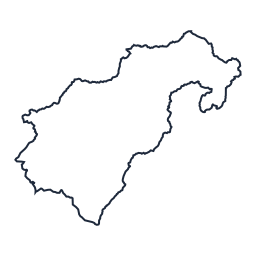 Mariscal Nieto, Moquegua, Peru (Mercator projection)
{"feature_id": "86281439B75994563843922", "entity_name": "Mariscal Nieto", "entity_type": "district", "adm_level": 2, "iso_a3": "PER", "parent_name": "Peru", "parent_adm1": "Moquegua", "projection": "mercator", "projection_center": [-70.73, -17.055], "detail": "fine", "context": "isolated", "style": "outline", "palette": "slate", "viewbox_px": 256, "rotation_deg": 0, "n_neighbors": 0, "source": "geoboundaries", "source_scale": "gbopen_adm2", "svg_char_len": 5717}
<svg xmlns="http://www.w3.org/2000/svg" viewBox="0 0 256 256"><path d="M217.1,108.8L219.3,108.2L221.5,106.4L222.2,105.4L222.9,103.0L223.5,102.1L225.3,101.0L225.2,99.2L225.7,97.8L225.5,96.4L225.8,95.8L225.9,88.0L226.6,87.7L227.2,86.5L229.1,86.0L230.9,84.2L231.6,82.1L231.0,81.4L232.0,80.3L233.3,80.0L233.7,79.1L234.9,78.6L234.4,76.9L235.9,76.5L238.4,76.7L239.9,75.1L240.6,74.8L240.4,71.6L239.3,70.4L238.4,70.0L238.1,68.1L240.2,65.9L239.7,62.9L239.2,61.8L238.3,61.3L237.9,60.2L236.8,59.8L236.2,58.8L235.0,59.3L232.2,58.2L231.2,60.0L229.1,60.0L227.1,61.4L226.8,62.3L226.3,62.7L225.0,62.3L223.6,61.4L222.0,60.0L221.0,59.7L218.5,58.3L217.7,57.0L216.8,56.2L215.3,56.3L214.1,55.8L213.6,55.1L213.6,53.8L212.5,52.7L213.0,51.1L212.4,49.1L212.6,47.4L211.8,46.7L211.7,44.5L211.1,43.5L208.7,43.8L205.6,39.6L204.8,39.1L204.3,38.4L202.0,38.1L197.2,36.1L195.2,34.7L193.0,33.9L191.1,32.2L191.2,31.2L188.5,31.3L185.9,32.7L185.2,33.5L183.9,33.8L183.2,36.5L182.1,36.8L181.7,38.1L180.7,38.6L179.5,40.2L178.1,41.3L176.9,41.7L176.1,41.6L174.6,42.4L172.7,41.6L171.7,42.8L170.5,42.7L167.7,45.9L166.6,46.6L163.2,46.4L162.7,45.9L162.1,46.3L160.0,46.3L158.9,47.1L156.1,46.1L153.9,46.8L153.0,47.6L152.2,47.8L151.6,47.5L150.1,48.1L149.1,47.2L147.6,47.2L147.0,45.9L145.9,45.2L144.9,45.3L143.7,45.8L142.9,46.5L141.2,46.8L140.4,46.6L140.3,46.0L139.8,46.0L139.6,45.7L138.9,45.8L137.9,45.3L136.6,45.7L134.2,45.3L133.9,45.0L133.3,45.8L132.3,46.4L130.9,48.7L126.5,49.3L126.5,49.8L127.2,50.1L127.8,51.1L129.0,51.6L130.3,53.5L129.8,53.7L127.7,56.8L126.3,57.9L124.4,58.3L123.4,57.4L122.6,57.7L121.4,59.1L120.9,59.2L120.9,61.0L119.8,63.8L119.8,66.6L119.2,67.9L118.5,70.9L118.5,73.2L117.5,74.7L117.0,76.0L114.8,77.0L112.7,77.4L111.1,80.0L109.9,79.9L107.3,80.6L106.1,81.5L105.2,81.3L103.6,81.4L103.0,82.1L100.6,81.4L99.4,82.6L98.2,82.5L97.6,82.1L96.5,82.6L94.8,81.9L93.2,82.0L92.6,81.7L91.0,82.7L89.3,82.6L88.3,81.4L87.6,81.5L85.1,80.4L82.8,81.2L81.8,81.0L80.3,79.2L78.8,78.7L76.9,79.3L74.6,79.5L74.2,81.0L73.5,82.0L72.0,82.1L71.7,82.8L71.9,83.7L71.2,85.0L70.2,85.3L68.3,87.4L68.1,88.1L66.5,89.2L66.4,90.0L65.8,91.2L64.5,91.6L63.9,92.9L63.0,93.4L62.6,94.8L62.0,95.1L61.1,96.5L59.9,97.6L59.9,99.0L59.4,100.2L59.6,100.6L58.4,103.2L57.7,103.6L56.8,103.7L54.9,102.9L53.8,102.9L52.4,104.3L52.2,105.1L50.4,106.0L50.0,106.6L48.1,107.1L46.6,106.8L44.4,108.6L43.3,108.8L42.3,108.5L41.1,109.4L39.5,109.5L39.0,110.2L38.3,110.3L36.8,112.0L35.3,110.8L34.4,110.4L33.4,110.5L32.2,109.6L31.0,109.7L29.6,110.5L29.5,111.6L30.3,112.7L30.3,113.3L28.7,115.2L27.2,115.3L25.2,114.6L22.8,115.8L22.5,116.5L22.6,117.8L22.7,118.4L23.4,119.2L24.0,122.2L26.1,121.9L26.4,121.3L27.2,121.1L27.4,122.0L28.4,122.8L29.3,122.9L31.2,122.3L32.5,124.2L34.4,125.6L34.4,126.0L33.3,128.0L33.5,128.6L34.9,129.4L35.2,130.6L34.9,131.7L35.8,132.1L36.0,133.3L37.0,134.1L36.9,134.7L36.2,136.0L35.5,136.6L34.8,137.7L35.1,138.2L34.9,138.9L33.8,139.8L33.4,140.8L32.2,141.6L29.3,142.8L28.7,143.5L26.4,147.2L24.7,149.1L20.4,153.0L18.4,157.1L16.1,158.6L15.4,159.8L16.9,161.4L21.4,161.6L24.0,162.0L23.2,163.4L21.8,164.6L22.4,168.5L23.8,169.6L25.4,170.0L26.5,169.7L27.0,170.1L27.0,170.7L26.3,171.5L25.8,172.9L25.4,176.1L27.2,178.2L29.8,180.2L30.4,182.2L30.8,182.5L32.8,181.8L34.2,182.8L34.1,183.1L32.8,183.3L32.5,183.7L34.9,187.3L35.6,190.2L35.5,192.2L36.0,191.5L37.3,191.1L41.0,188.5L41.8,188.7L44.0,190.7L48.0,189.8L50.4,189.7L53.3,191.8L55.2,192.0L57.0,192.8L59.5,192.8L60.9,190.3L61.6,190.1L62.1,190.6L63.3,193.2L64.6,194.3L66.4,196.6L68.4,196.6L70.1,197.6L71.7,197.6L72.6,198.3L72.8,204.6L76.1,207.1L78.2,209.4L79.2,214.4L80.5,216.4L81.5,216.9L84.9,220.3L92.4,222.1L94.4,223.0L95.0,224.0L96.8,224.8L98.5,224.5L99.0,223.6L99.1,220.4L100.2,218.5L100.2,217.3L100.7,215.7L102.2,213.7L102.2,212.5L102.6,211.6L102.4,210.4L102.8,209.5L104.9,208.1L105.3,206.8L106.5,206.1L106.5,205.6L108.4,204.4L109.6,203.1L109.8,202.4L111.7,199.7L113.7,198.1L114.9,196.3L116.2,195.2L116.8,194.0L117.5,193.8L118.4,192.3L119.9,191.9L120.9,190.7L122.3,190.2L122.9,187.7L125.1,185.4L125.3,184.3L124.2,183.5L123.9,182.5L123.3,182.1L122.7,180.9L122.8,179.2L123.6,176.1L125.6,171.5L128.0,169.1L128.3,168.1L130.0,166.3L129.9,166.0L128.8,165.5L128.4,163.4L128.7,162.9L130.2,162.4L130.7,160.3L131.9,158.1L132.7,157.8L133.4,155.9L133.3,155.4L135.3,154.6L136.1,153.7L136.8,153.7L138.5,152.9L141.2,153.2L141.8,153.7L143.7,152.8L144.9,153.8L145.6,153.2L146.6,153.1L149.3,151.7L150.7,150.4L153.4,151.0L154.2,149.1L156.4,147.1L157.7,146.2L158.7,144.6L159.4,142.1L160.9,140.3L161.6,138.3L162.8,136.8L162.8,135.3L163.4,133.5L165.1,132.6L167.0,133.1L167.9,132.2L169.3,132.3L170.0,131.9L170.4,129.0L171.5,127.0L170.7,126.2L170.0,123.4L169.3,122.7L169.3,121.7L168.0,120.9L167.8,119.5L168.1,118.3L169.7,116.2L170.9,113.0L170.7,112.4L168.9,111.3L167.5,109.7L168.1,108.1L168.9,107.9L169.2,107.3L168.9,106.4L168.4,106.2L169.5,104.6L169.5,102.5L171.1,101.3L171.0,100.5L169.8,99.4L170.2,98.3L169.7,96.3L170.8,95.1L171.3,92.7L172.5,92.7L174.4,91.3L176.3,91.1L177.5,89.3L179.9,88.8L180.8,88.0L181.3,86.4L182.0,85.9L182.5,86.1L183.8,85.7L184.0,84.9L184.4,84.6L185.0,84.5L186.2,84.8L187.8,83.8L189.5,83.4L190.4,82.8L190.4,82.2L191.4,81.9L192.0,81.8L192.9,82.6L194.5,83.2L197.9,81.4L198.4,81.5L198.8,81.8L198.5,82.9L199.3,83.8L200.3,84.2L200.5,85.9L201.4,86.6L205.2,87.9L206.8,87.9L208.1,87.6L209.7,89.2L210.9,88.8L211.7,89.1L211.3,91.9L209.7,92.5L209.2,93.0L208.0,92.6L207.0,92.9L205.6,94.0L205.2,95.4L204.4,95.6L202.9,95.1L202.0,96.0L201.0,98.7L200.6,100.8L199.5,103.1L199.8,104.4L199.5,105.8L200.3,107.4L200.3,109.0L201.0,110.5L202.6,111.8L204.1,112.2L204.9,112.0L205.0,111.0L206.0,110.1L207.0,109.6L209.4,109.5L211.7,107.7L212.3,105.1L212.9,104.5L213.5,105.2L216.8,106.1L216.9,106.8L216.3,107.9L217.1,108.8Z" fill="none" stroke="#1e293b" stroke-width="2"/></svg>